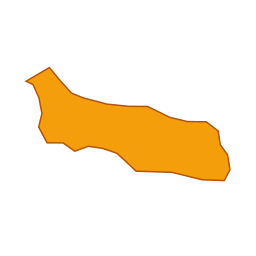 Lagoudera, Nicosia, Cyprus, rotated 66°
{"feature_id": "46923920B28083184578057", "entity_name": "Lagoudera", "entity_type": "district", "adm_level": 2, "iso_a3": "CYP", "parent_name": "Cyprus", "parent_adm1": "Nicosia", "projection": "equal_earth", "projection_center": [33.023, 34.973], "detail": "fine", "context": "isolated", "style": "filled", "palette": "amber", "viewbox_px": 256, "rotation_deg": 66, "n_neighbors": 0, "source": "geoboundaries", "source_scale": "gbopen_adm2", "svg_char_len": 522}
<svg xmlns="http://www.w3.org/2000/svg" viewBox="0 0 256 256"><g transform="rotate(66 128 128)"><path d="M207.4,51.7L193.0,48.0L180.7,50.5L167.4,46.8L154.1,54.1L146.3,71.1L135.2,85.6L116.3,101.3L108.6,118.3L97.5,137.7L81.9,157.1L73.0,165.5L54.2,171.6L40.8,175.2L43.8,202.1L49.7,197.1L64.2,197.1L79.7,200.7L90.8,209.2L108.6,208.0L115.2,193.4L127.5,186.1L128.6,171.6L136.3,159.5L146.3,148.6L157.4,143.7L170.7,138.2L186.3,106.0L205.4,81.4L215.2,61.4L207.4,51.7Z" fill="#f59e0b" stroke="#b45309" stroke-width="1.5"/></g></svg>